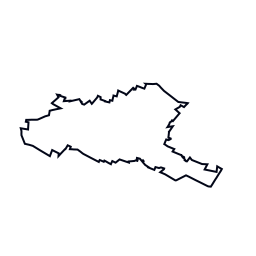 the district of Doctor Arroyo, Nuevo León, Mexico, rotated 288°
{"feature_id": "50627088B71309560932065", "entity_name": "Doctor Arroyo", "entity_type": "district", "adm_level": 2, "iso_a3": "MEX", "parent_name": "Mexico", "parent_adm1": "Nuevo León", "projection": "robinson", "projection_center": [-100.316, 23.81], "detail": "fine", "context": "isolated", "style": "outline", "palette": "ink", "viewbox_px": 256, "rotation_deg": 288, "n_neighbors": 0, "source": "geoboundaries", "source_scale": "gbopen_adm2", "svg_char_len": 4351}
<svg xmlns="http://www.w3.org/2000/svg" viewBox="0 0 256 256"><g transform="rotate(288 128 128)"><path d="M170.1,177.2L169.9,175.9L168.8,170.4L168.3,167.8L169.7,163.9L170.2,162.5L171.3,159.5L174.4,150.8L176.7,146.5L177.8,144.7L178.9,141.5L177.5,138.2L176.7,135.3L176.5,134.7L175.5,131.1L175.2,131.8L170.5,131.4L170.5,130.0L170.6,128.0L170.7,126.9L170.8,124.8L170.8,123.5L170.7,123.5L166.8,123.2L166.4,122.0L167.2,122.1L167.8,120.5L159.9,116.6L158.9,116.1L159.1,115.6L159.7,114.6L160.4,108.7L160.6,107.1L159.8,107.2L158.4,107.3L156.2,107.4L154.6,107.5L154.5,106.1L154.4,104.2L153.9,104.3L151.9,104.4L149.1,104.7L148.9,102.2L146.6,102.4L146.4,100.5L146.2,97.9L146.6,97.9L146.7,93.1L148.9,92.4L149.3,89.4L147.6,89.3L140.2,86.3L139.8,86.1L142.1,83.1L141.3,82.5L136.7,79.1L136.7,77.0L138.3,75.2L138.6,75.6L138.9,75.0L138.6,74.8L139.6,73.8L140.0,73.3L140.4,72.8L135.4,64.5L136.1,64.5L133.7,58.7L136.4,58.7L136.7,59.3L137.6,59.1L137.6,56.5L137.6,56.4L137.6,53.3L137.6,53.1L137.8,53.2L138.1,53.3L138.3,53.3L138.3,53.0L138.2,53.0L138.2,52.9L138.1,52.4L138.0,52.1L138.0,51.5L137.9,51.5L137.8,51.1L137.7,51.1L137.7,50.4L135.7,52.4L128.1,47.9L127.6,49.2L125.9,57.9L123.2,53.1L122.7,52.3L121.8,50.7L121.2,49.8L120.2,48.2L115.7,48.9L113.5,45.6L109.9,41.6L109.1,40.7L108.5,40.0L108.0,39.4L107.4,37.9L105.8,33.0L105.6,32.6L105.3,31.6L105.2,31.3L105.1,31.2L105.0,30.8L104.9,30.6L104.7,30.0L104.6,29.7L104.3,28.7L103.7,28.8L102.4,28.9L102.7,31.6L99.2,32.5L98.4,32.7L98.0,32.8L95.7,33.4L94.6,26.1L92.2,27.6L90.4,28.2L90.2,28.2L89.7,28.4L88.2,28.9L86.3,30.5L81.1,34.8L81.5,39.2L81.6,43.0L79.6,51.3L77.1,62.4L79.4,62.5L83.6,62.7L83.0,66.5L82.5,69.9L81.0,70.3L79.8,70.6L83.1,72.1L87.5,74.2L88.4,74.6L88.5,75.0L92.9,76.0L92.5,79.3L89.9,79.3L90.2,80.4L90.5,81.4L90.7,82.5L91.1,83.9L91.9,86.7L91.6,87.6L91.0,89.4L90.9,89.8L89.8,92.7L89.5,93.9L88.5,99.8L88.2,101.5L87.0,108.8L86.7,110.7L87.2,110.7L87.9,110.8L88.8,111.0L88.7,112.5L88.4,115.4L89.7,115.6L89.3,117.9L89.0,119.1L88.6,121.1L88.3,122.9L88.8,122.9L91.7,123.3L91.6,124.1L91.2,126.7L91.2,126.9L95.5,129.7L95.4,136.7L95.4,139.5L96.4,139.0L98.6,144.2L99.5,145.2L99.7,146.3L99.6,146.9L99.7,147.0L99.8,147.0L99.7,147.0L99.7,146.8L99.8,146.8L99.8,146.7L99.9,146.9L99.9,147.0L100.0,147.0L100.3,147.0L100.3,146.8L100.2,146.6L100.3,146.6L100.3,146.1L100.9,146.0L101.5,145.9L101.8,145.9L102.3,145.8L102.5,148.8L102.0,149.5L101.3,150.7L100.8,151.5L101.9,152.2L101.3,153.1L100.1,152.6L99.6,153.4L99.1,154.2L98.9,154.6L98.2,155.7L96.9,160.4L96.7,160.2L96.4,164.5L96.3,166.0L99.3,166.2L99.4,167.9L99.5,169.9L100.7,171.5L100.7,174.9L99.9,174.9L95.9,172.3L95.7,174.7L95.4,177.7L92.8,189.2L93.2,190.1L100.9,197.8L100.5,200.9L99.3,208.4L98.6,213.3L97.3,221.8L97.3,222.6L97.8,224.9L100.8,225.7L101.3,225.8L102.1,226.0L104.2,226.5L106.2,227.0L107.9,227.5L110.0,228.0L114.0,229.0L115.4,229.4L116.2,229.6L118.0,229.9L118.7,226.4L119.1,224.7L113.6,225.8L112.2,213.7L118.0,214.7L116.7,209.9L116.6,209.6L117.3,198.9L117.3,198.7L117.7,198.0L118.0,197.6L119.1,196.0L118.3,195.7L117.1,195.3L114.5,194.4L114.4,194.0L114.3,193.7L114.4,193.4L114.5,193.4L114.5,193.2L114.5,192.9L114.7,192.6L114.8,192.2L115.1,192.4L115.3,192.1L115.5,191.9L115.7,191.7L115.8,191.5L116.0,191.2L116.5,190.8L116.5,190.7L116.9,190.6L117.0,190.5L117.5,190.5L117.6,190.4L117.7,190.0L117.5,189.9L117.4,189.8L117.3,189.6L117.4,189.4L117.3,189.2L117.1,189.2L117.3,188.9L117.3,188.7L117.5,188.5L117.6,188.4L117.8,188.4L117.8,188.2L118.0,188.1L118.0,187.9L118.1,187.7L118.4,187.6L118.5,187.5L118.5,187.4L118.8,187.1L118.7,186.8L118.8,185.1L119.4,177.7L122.3,178.5L122.4,176.5L122.4,176.4L122.4,176.2L122.5,175.9L122.5,174.8L122.6,174.5L122.6,174.2L122.6,173.9L122.8,171.4L123.2,170.0L123.7,168.4L123.8,168.0L123.9,167.5L126.8,167.7L128.9,167.9L128.9,170.0L129.6,170.5L129.5,170.8L129.8,171.1L129.8,170.7L131.2,171.5L131.4,169.4L132.1,169.2L132.7,169.1L133.4,169.0L134.1,168.8L134.8,168.7L136.0,168.4L136.4,168.3L137.2,168.3L137.3,168.2L137.4,168.3L138.4,168.6L139.4,168.9L143.5,170.1L143.0,169.1L142.1,167.2L141.1,165.3L141.4,165.4L141.9,165.5L142.5,165.7L143.0,165.7L143.5,165.9L144.2,166.0L145.3,166.1L145.9,166.0L146.7,166.3L147.3,166.9L147.6,167.3L148.3,167.4L148.7,167.4L148.9,167.5L148.5,168.6L158.0,172.5L160.3,167.3L162.1,168.9L162.3,169.1L164.1,170.7L165.9,171.0L165.2,174.8L167.8,176.0L169.8,177.1L170.1,177.2Z" fill="none" stroke="#020617" stroke-width="2"/></g></svg>